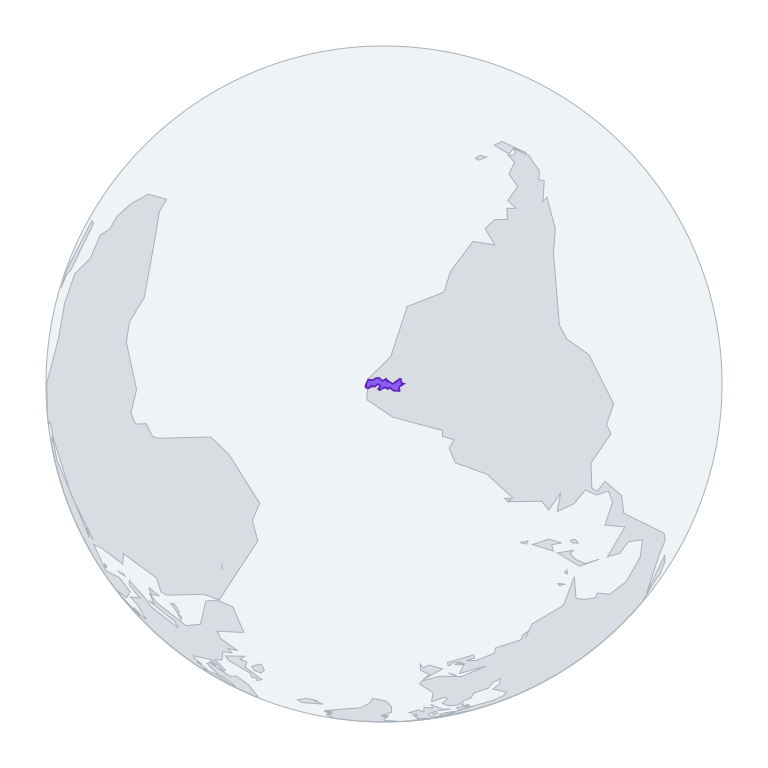 the Earth from above Pernambuco, rotated 185°
{"feature_id": "BRA-1313", "entity_name": "Pernambuco", "entity_type": "State", "adm_level": 1, "iso_a3": "BRA", "parent_name": "Brazil", "parent_adm1": "", "projection": "orthographic", "projection_center": [-37.928, -8.379], "detail": "fine", "context": "on_globe", "style": "filled", "palette": "violet", "viewbox_px": 768, "rotation_deg": 185, "n_neighbors": 0, "source": "natural_earth", "source_scale": "10m", "svg_char_len": 11336}
<svg xmlns="http://www.w3.org/2000/svg" viewBox="0 0 768 768"><g transform="rotate(185 384 384)"><circle cx="384" cy="384" r="338" fill="#eef3f6" stroke="#a8b0b8"/><path d="M268.4,66.5L269.0,66.5L277.4,63.7L273.1,65.6L283.6,62.0L285.8,60.9L291.2,59.2L296.4,57.9L291.8,59.6L288.6,60.5L290.0,60.4L285.5,62.0L290.6,60.4L284.5,63.4L298.2,58.7L299.7,59.6L293.6,62.1L284.3,64.1L247.2,78.6L238.2,83.7L234.8,87.8L249.0,89.5L243.1,94.9L242.4,100.5L250.1,95.8L253.5,90.1L267.7,83.9L270.1,78.7L276.3,75.8L282.7,70.5L292.3,69.2L298.2,71.1L293.3,75.9L295.7,77.3L309.0,71.7L308.2,80.8L322.1,88.0L320.8,91.3L302.7,97.8L280.9,99.4L257.5,112.0L283.4,102.2L279.6,112.1L283.4,113.5L289.9,112.6L295.5,108.5L296.4,112.0L271.1,122.0L269.9,118.9L277.9,115.4L267.7,116.7L250.6,125.4L250.0,130.7L224.9,141.3L224.2,145.6L218.3,150.9L221.1,143.0L215.5,158.0L185.9,179.1L177.6,208.8L174.1,187.4L165.8,186.7L154.8,189.6L153.1,194.3L140.9,194.3L125.6,208.0L113.7,233.6L112.8,251.4L127.0,248.1L134.2,236.1L146.3,231.3L131.4,262.7L151.6,262.6L146.0,286.0L151.0,296.9L162.6,291.9L174.2,295.9L184.5,281.1L200.3,272.1L198.5,290.9L208.9,272.8L216.6,281.0L249.2,277.6L246.2,282.1L273.4,303.0L306.0,311.7L313.5,325.7L309.3,334.7L321.3,337.0L321.5,342.8L371.9,351.6L399.8,366.9L400.3,387.7L379.7,411.6L367.5,463.3L332.2,480.7L327.6,502.0L307.7,533.8L285.8,532.2L296.6,547.5L288.2,557.3L275.2,558.7L277.0,569.7L267.6,570.6L276.7,577.4L268.0,592.6L277.9,604.0L273.2,616.2L280.1,622.7L275.9,622.8L273.2,625.7L275.2,629.5L259.5,624.3L247.6,609.3L247.7,601.1L242.1,600.4L241.6,579.5L237.9,584.1L227.0,554.0L226.5,528.6L214.4,457.8L205.8,444.6L182.4,431.0L153.5,384.1L158.8,362.9L153.6,354.2L170.9,323.5L167.9,298.4L162.2,295.7L155.5,306.2L137.7,293.7L133.7,276.0L91.9,259.7L90.4,252.3L94.9,237.7L104.3,198.3L89.4,238.0L88.6,232.0L92.4,218.8L95.7,213.8L105.6,194.1L108.1,189.0L113.4,181.6L128.8,162.5L145.5,144.6L163.4,128.0L182.5,112.7L202.7,98.8L223.8,86.5L245.8,75.7L268.4,66.5ZM173.3,219.5L196.6,230.9L180.4,234.9L184.0,231.6L178.7,226.3L167.9,222.6L154.5,228.2L173.3,219.5ZM190.2,200.6L185.9,200.2L190.5,199.4L190.2,200.6ZM277.0,71.7L279.8,71.1L277.1,72.4L277.0,71.7ZM277.2,70.2L272.1,72.2L271.5,71.8L274.6,70.6L277.2,70.2ZM283.6,68.1L270.9,70.9L269.9,70.4L280.9,65.7L283.6,68.1ZM284.3,61.3L282.1,62.3L279.2,62.9L284.3,61.3ZM284.4,61.1L281.1,62.2L276.5,63.6L284.4,61.1ZM302.2,56.1L302.6,56.0L298.3,57.1L293.1,58.6L289.2,59.7L291.5,59.0L302.2,56.1ZM299.8,56.8L306.9,55.0L309.4,54.5L297.2,57.6L299.8,56.8ZM322.1,53.2L317.3,53.8L319.4,53.0L322.1,53.2ZM311.3,54.0L309.4,54.4L308.6,54.6L311.3,54.0ZM318.9,52.4L318.5,52.5L326.9,51.2L325.3,51.7L312.1,53.8L314.0,53.4L318.9,52.4ZM287.9,635.9L261.9,626.6L275.5,630.5L279.3,624.0L295.0,631.5L287.9,635.9ZM301.5,619.0L309.3,615.2L312.7,617.0L308.2,620.1L301.5,619.0ZM709.9,294.5L710.0,303.7L703.2,279.8L668.5,213.7L665.5,207.5L665.0,206.7L664.2,205.4L668.4,215.3L660.0,203.2L686.3,246.8L693.9,265.5L710.2,304.9L710.5,308.2L713.5,317.1L714.6,313.9L716.9,325.8L720.0,355.7L712.3,400.3L709.2,436.7L701.6,466.9L687.6,483.4L679.5,507.8L671.0,514.3L664.3,527.9L652.1,541.1L635.3,552.6L616.7,549.0L622.9,536.1L624.7,509.9L630.4,449.3L642.9,423.8L644.3,403.2L630.0,356.7L633.7,333.0L628.0,322.4L617.4,323.7L609.9,311.3L602.7,310.4L552.2,316.1L532.2,300.2L497.4,254.3L503.2,236.6L496.1,216.7L529.3,154.7L545.4,158.8L581.9,154.7L588.0,157.5L593.6,170.9L628.8,192.3L628.5,181.7L650.7,195.8L659.1,198.7L644.7,173.6L630.8,168.1L618.7,154.9L622.0,148.6L632.7,155.6L628.3,150.8L613.4,137.4L607.5,131.0L607.2,132.4L613.5,137.7L613.5,139.3L607.8,134.6L605.9,132.2L600.4,128.9L610.6,142.8L618.1,149.8L608.6,149.5L620.1,161.4L620.5,166.0L601.1,147.7L596.6,141.8L567.5,123.0L571.3,128.9L599.1,147.5L594.1,145.5L599.5,155.4L591.5,146.4L560.1,126.1L546.0,128.5L542.5,152.3L531.2,154.1L515.2,149.0L502.0,124.3L528.7,123.2L524.4,116.0L506.6,105.7L516.2,106.8L512.2,103.0L521.1,103.0L521.4,94.9L528.6,94.8L517.0,84.9L519.1,83.9L525.4,89.8L533.6,94.5L550.0,96.7L549.7,95.1L540.8,88.9L546.5,91.0L535.8,84.8L539.4,84.8L526.0,80.1L515.3,74.3L511.1,71.4L505.1,69.1L511.9,74.1L516.8,77.1L524.9,80.8L536.1,90.3L533.0,91.3L512.1,79.4L505.4,80.1L492.1,72.0L481.9,61.0L483.4,61.0L506.3,69.0L528.5,78.6L550.1,89.7L570.7,102.4L590.4,116.5L609.1,131.9L626.6,148.7L642.8,166.7L657.7,185.8L671.2,205.9L683.2,227.0L693.7,248.8L702.6,271.4L709.9,294.5ZM528.7,185.1L530.3,190.7L530.3,190.8L528.7,185.1ZM250.3,277.3L254.0,280.7L248.6,281.1L250.3,277.3ZM176.7,242.5L182.4,242.1L184.8,244.5L180.2,246.0L176.7,242.5ZM227.8,237.0L235.0,238.0L226.9,240.1L227.8,237.0ZM200.6,232.3L222.0,237.0L206.3,243.8L193.1,241.2L203.1,238.5L200.6,232.3ZM184.5,210.9L187.7,211.7L185.7,215.0L184.5,210.9ZM193.5,200.2L192.0,200.6L191.1,198.4L193.5,200.2ZM281.0,111.5L283.1,110.8L289.0,110.7L284.9,112.6L281.0,111.5ZM322.8,102.2L323.4,108.2L320.2,104.8L314.7,107.9L301.0,105.2L319.4,92.8L313.5,98.5L322.8,102.2ZM287.9,99.6L294.4,101.8L286.5,100.0L287.9,99.6ZM481.6,85.4L488.6,87.5L491.1,91.4L481.9,94.3L478.2,88.4L481.6,85.4ZM497.9,89.9L479.7,78.8L484.7,77.5L485.0,79.9L490.1,80.2L491.9,84.3L514.4,95.0L518.1,99.3L499.2,100.6L503.4,97.3L496.3,95.1L497.9,89.9ZM424.6,62.1L416.8,59.8L437.7,59.5L442.5,61.8L433.8,64.1L422.8,62.8L424.6,62.1ZM305.5,60.2L301.1,61.2L302.4,60.4L307.1,59.0L305.5,60.2ZM319.7,53.5L325.7,56.2L321.1,57.1L330.2,58.9L321.4,62.3L315.8,60.8L315.9,65.4L307.3,65.5L308.8,68.6L297.2,65.0L289.5,66.0L301.4,63.4L309.7,60.0L310.9,58.9L308.7,56.9L296.3,58.6L302.4,56.4L310.1,54.5L314.1,53.7L308.8,55.2L317.9,53.2L313.3,54.8L319.7,53.5ZM404.6,46.7L401.7,46.6L404.0,46.7L404.6,47.0L409.3,47.8L405.9,47.8L409.2,48.2L409.7,48.8L413.1,49.5L408.1,50.1L411.9,51.2L407.3,50.9L415.2,52.9L407.1,51.8L406.9,53.1L414.8,53.5L379.4,59.4L370.8,64.5L368.0,69.8L354.5,68.4L348.4,63.2L347.8,57.5L358.0,53.5L350.1,54.2L352.6,52.7L357.8,52.8L351.3,51.9L354.8,50.9L354.2,48.8L342.6,49.3L342.1,49.0L348.4,48.3L343.5,48.6L355.0,47.4L354.9,47.3L356.7,47.2L380.7,46.1L404.6,46.7ZM344.5,48.4L343.1,48.6L329.3,50.7L322.1,51.8L325.8,51.1L330.4,50.4L330.6,50.3L330.8,50.3L344.5,48.4ZM589.1,153.0L592.8,154.0L597.2,154.1L600.7,160.8L589.1,153.0ZM567.9,139.1L570.3,138.5L577.4,147.1L573.6,146.5L567.9,139.1ZM565.6,131.5L569.9,137.9L565.3,134.1L565.6,131.5ZM527.1,89.3L529.0,88.9L531.5,90.5L533.3,92.6L527.1,89.3ZM645.8,177.0L646.9,181.0L644.1,178.1L644.3,177.2L645.8,177.0ZM625.4,169.9L633.0,174.6L626.3,171.7L625.4,169.9ZM709.9,470.5L689.3,521.1L687.3,519.0L693.5,502.6L705.6,471.1L710.1,464.6L714.1,451.3L709.9,470.5Z" fill="#d9dde1" stroke="#a8b0b8" stroke-width="1"/><path d="M401.7,379.1L401.9,379.2L402.1,379.3L402.2,379.6L402.1,380.0L402.1,379.9L402.0,379.7L402.0,379.9L401.8,379.6L401.9,380.0L401.7,380.2L401.6,380.3L401.8,380.2L401.7,380.4L401.7,380.7L401.8,380.7L402.0,380.8L402.0,381.2L402.2,381.3L402.1,381.6L402.0,382.2L401.9,382.3L401.8,382.2L401.6,382.0L401.7,382.4L401.8,382.4L401.7,382.9L401.5,383.1L401.4,383.4L401.4,383.7L401.4,383.9L401.4,384.0L400.9,385.2L400.7,385.7L400.7,385.8L400.6,386.2L400.3,386.6L400.2,387.2L399.9,387.1L399.3,387.0L398.8,387.0L398.4,386.9L398.3,386.7L398.2,386.7L397.5,386.9L397.0,387.2L396.9,387.2L396.5,387.1L396.4,387.1L396.4,386.9L395.9,387.0L395.4,387.1L395.2,387.1L394.8,387.3L394.7,387.4L394.5,387.5L394.5,387.8L393.8,388.2L393.7,388.5L393.2,388.9L392.6,388.9L391.8,389.4L391.4,389.3L390.3,389.2L390.1,389.3L389.8,389.8L389.7,389.7L389.4,389.5L389.3,389.4L388.7,389.3L388.3,389.1L387.1,387.9L386.9,387.8L386.6,387.7L386.4,387.3L386.1,387.4L385.7,387.6L385.4,387.5L385.3,387.2L385.2,387.0L385.0,386.9L384.9,386.9L384.7,387.0L384.7,387.5L384.0,388.2L383.8,388.5L383.6,388.6L383.1,388.8L382.8,389.0L382.7,389.2L382.5,389.4L382.2,389.6L382.1,389.4L381.9,388.8L381.9,388.7L381.8,388.4L381.7,388.3L381.8,388.2L381.7,388.1L381.9,388.0L381.9,387.7L381.7,387.6L381.4,387.8L381.2,387.9L380.8,387.7L380.6,387.4L380.8,387.0L380.9,386.9L380.8,386.7L380.5,386.6L380.3,386.7L380.1,386.8L380.1,387.1L380.1,387.4L380.0,387.5L379.9,387.6L379.5,386.9L379.5,386.7L379.1,386.6L378.9,386.4L378.6,386.3L378.4,386.4L378.1,386.4L377.9,386.4L377.6,386.1L377.1,386.0L376.9,385.9L376.7,385.8L376.4,385.6L376.2,385.2L375.9,385.0L375.6,384.9L375.4,384.9L374.2,385.6L373.8,385.6L373.7,385.7L373.7,385.8L373.8,386.2L373.8,386.3L373.7,386.4L373.4,386.5L373.1,386.6L372.7,386.6L372.5,386.8L372.7,387.2L372.6,387.5L372.1,387.9L371.6,388.1L371.3,388.3L371.0,388.3L370.9,388.2L370.7,388.1L370.3,388.3L370.1,389.4L370.0,389.6L370.0,389.8L369.8,389.9L369.6,389.8L369.3,390.0L369.2,390.1L368.9,390.2L368.8,390.4L368.7,390.5L368.3,390.6L368.0,390.5L367.8,390.4L367.5,390.4L367.6,390.2L367.8,390.0L367.9,389.8L367.9,389.5L367.8,389.2L367.5,388.9L367.2,388.7L366.9,388.2L366.7,387.9L366.7,387.6L366.7,387.3L366.8,387.0L366.7,386.8L366.5,386.7L366.4,386.8L366.3,386.7L366.2,386.6L366.1,386.4L365.7,386.5L365.5,386.4L365.5,386.1L365.4,386.0L365.2,386.0L364.8,386.1L364.6,386.2L364.4,386.2L364.2,386.2L363.9,386.1L364.5,385.8L364.9,385.6L365.0,385.5L365.2,385.1L365.6,384.9L365.7,384.7L365.9,384.5L365.9,384.3L366.1,384.3L366.4,384.3L366.5,384.4L366.7,383.9L366.8,383.9L367.0,384.0L367.2,383.7L367.4,383.6L367.5,383.3L367.9,383.0L368.3,382.6L368.5,382.4L368.7,382.0L368.8,381.3L368.8,380.9L368.7,380.8L368.5,380.6L368.1,380.5L368.0,380.4L368.1,380.2L368.3,379.9L368.3,379.7L368.2,379.5L368.1,379.4L367.9,379.0L367.8,378.8L367.9,378.4L368.1,378.3L368.7,378.2L370.3,378.2L370.9,378.4L371.0,378.4L371.5,378.3L372.3,378.0L372.8,378.0L373.9,378.1L374.0,378.2L374.6,378.7L375.0,378.8L375.3,379.0L375.7,379.1L375.8,379.2L375.9,379.6L376.2,379.8L376.8,380.1L377.1,380.3L377.3,380.9L377.7,380.7L377.9,380.9L378.2,380.4L378.5,380.0L378.8,379.8L379.0,379.7L379.2,379.8L379.3,379.6L379.5,379.5L379.8,379.9L380.0,380.0L380.1,379.9L380.1,380.0L380.2,380.3L380.4,380.3L380.5,380.4L381.0,380.2L381.1,380.3L381.3,380.1L381.5,380.0L381.8,380.5L381.8,380.8L382.1,380.9L382.2,380.7L382.3,380.7L382.5,380.7L382.7,380.4L382.8,380.4L382.9,380.6L383.1,380.7L383.2,380.3L383.4,380.3L383.7,380.4L383.8,380.4L384.0,380.3L384.2,379.9L384.3,379.8L384.8,379.6L385.0,379.5L385.1,379.3L385.3,379.1L385.9,378.8L386.2,378.7L386.4,378.4L386.6,378.2L386.9,377.9L387.0,378.0L387.2,377.9L387.4,377.6L387.9,377.5L388.1,377.6L388.6,377.9L388.8,378.0L389.0,378.2L389.3,378.2L389.3,378.3L389.3,378.5L389.5,378.7L389.4,378.8L388.8,379.1L388.5,379.1L388.3,379.3L388.2,379.4L388.2,379.7L388.4,380.2L388.4,380.4L388.4,380.5L388.1,380.7L388.0,380.9L387.7,381.3L387.4,381.5L387.4,381.8L387.5,381.8L387.7,381.7L387.9,381.7L388.2,381.5L388.5,381.6L388.6,381.8L388.5,382.0L388.7,382.8L389.0,383.1L389.3,383.2L389.4,383.4L389.6,383.4L389.8,383.4L390.2,383.1L390.4,383.1L390.7,383.1L390.8,383.0L391.0,382.8L391.1,382.6L391.4,382.5L391.6,382.3L391.6,382.1L391.4,381.9L391.6,381.6L391.9,381.5L391.9,381.4L392.4,381.3L392.5,381.3L392.6,381.2L392.8,381.1L392.9,380.9L392.8,380.7L393.3,380.7L393.7,380.8L393.8,380.7L394.0,380.5L394.3,380.7L394.6,380.5L394.8,380.5L394.9,380.8L395.4,380.7L395.5,380.7L395.7,380.9L395.7,380.7L395.8,380.6L396.0,380.7L395.9,380.4L395.9,380.2L396.0,380.2L396.0,380.3L396.4,380.3L397.0,380.1L397.5,379.9L397.9,379.8L397.9,379.6L398.1,378.8L398.2,378.6L398.6,378.6L398.8,378.7L399.3,378.3L399.5,378.2L399.8,378.2L400.2,378.3L400.5,378.3L400.9,378.4L401.1,378.7L401.2,378.9L401.6,379.0L401.7,379.1ZM402.0,380.1L402.1,380.3L402.0,380.7L401.8,380.7L401.8,380.4L401.9,380.2L402.0,380.1Z" fill="#8b5cf6" stroke="#5b21b6" stroke-width="1.5"/></g></svg>